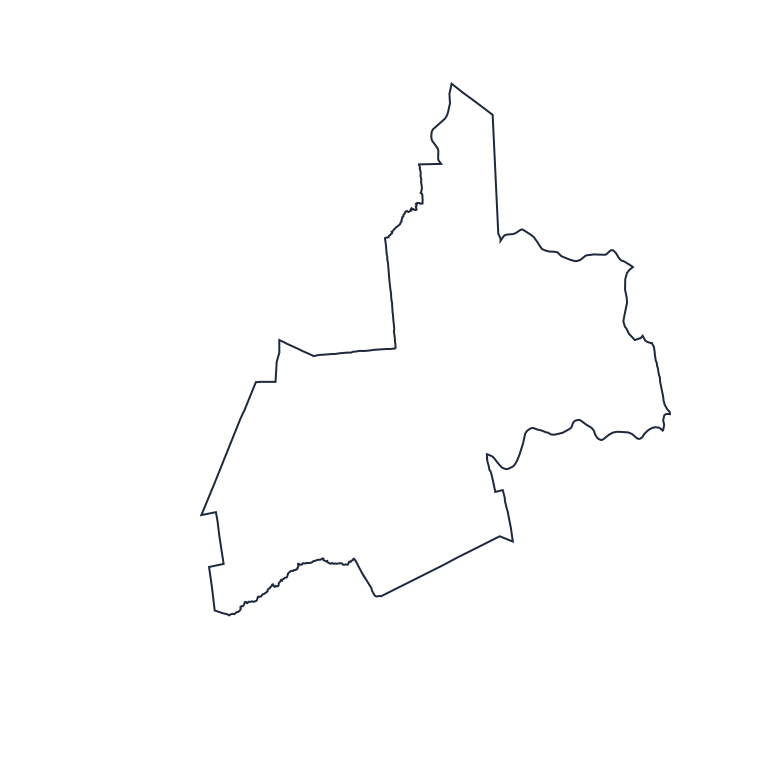 the district of Lugoj, Timis, Romania, rotated 324°
{"feature_id": "2599482B71711166476892", "entity_name": "Lugoj", "entity_type": "district", "adm_level": 2, "iso_a3": "ROU", "parent_name": "Romania", "parent_adm1": "Timis", "projection": "albers", "projection_center": [21.931, 45.705], "detail": "fine", "context": "isolated", "style": "outline", "palette": "slate", "viewbox_px": 768, "rotation_deg": 324, "n_neighbors": 0, "source": "geoboundaries", "source_scale": "gbopen_adm2", "svg_char_len": 6166}
<svg xmlns="http://www.w3.org/2000/svg" viewBox="0 0 768 768"><g transform="rotate(324 384 384)"><path d="M582.1,585.5L582.8,585.3L586.4,582.0L587.0,581.1L588.0,578.5L588.7,577.3L591.7,574.6L592.6,574.0L594.4,574.1L595.2,574.5L596.2,575.2L597.6,576.5L598.0,576.1L598.6,574.6L598.8,573.7L598.5,573.1L598.3,570.7L598.7,567.9L598.8,565.9L599.1,565.0L599.5,564.4L600.4,561.8L602.2,558.7L609.0,543.9L611.2,540.7L611.5,538.9L613.8,534.1L614.5,533.1L615.7,529.6L616.9,527.7L617.7,524.7L619.9,520.3L622.0,516.8L624.3,512.4L624.3,511.2L624.8,508.3L624.1,507.9L621.7,504.7L620.9,502.4L621.6,497.0L618.8,497.7L612.8,495.9L611.7,487.4L612.7,481.8L612.6,479.2L614.4,474.1L616.8,471.7L628.5,461.0L631.3,456.4L634.5,449.3L640.8,441.0L645.7,437.1L649.6,435.9L654.1,435.7L653.3,433.2L650.4,426.2L648.4,423.1L648.1,420.4L648.6,413.9L647.9,410.6L647.0,409.6L646.1,409.2L644.9,409.2L639.9,409.8L638.4,409.1L629.8,402.4L622.9,398.7L615.7,399.0L612.5,398.0L610.8,396.9L607.7,393.0L603.2,385.9L602.5,384.2L601.8,379.8L601.4,379.0L598.9,376.6L595.5,373.9L593.4,371.4L591.2,367.8L591.1,364.4L591.5,359.9L591.5,352.9L590.5,349.6L587.7,342.3L586.5,340.0L585.0,339.6L579.1,339.3L576.4,338.5L571.5,335.5L569.5,334.7L567.6,334.8L562.4,336.7L563.7,335.0L564.9,329.5L565.5,328.5L630.1,230.1L623.8,209.3L619.2,195.1L615.2,180.8L607.4,187.8L602.4,195.7L596.2,201.2L593.5,203.3L590.9,204.6L589.0,205.2L573.6,206.7L572.0,207.3L570.2,208.6L567.4,212.0L566.4,214.0L565.9,215.8L566.0,222.1L565.7,225.5L564.9,227.5L560.4,233.3L559.8,234.4L559.6,235.5L559.6,239.5L541.4,226.9L540.2,230.3L539.6,230.6L538.1,234.4L535.8,237.2L534.5,240.3L532.5,242.7L531.5,244.9L529.9,247.7L528.8,248.9L525.9,251.1L526.6,252.3L525.9,254.1L524.3,256.3L524.2,256.7L521.3,260.6L519.2,259.4L519.2,258.6L517.7,257.4L516.8,256.9L515.9,256.9L515.7,257.0L516.1,257.7L516.1,257.9L515.0,259.0L514.6,258.8L514.2,258.9L512.8,262.1L511.6,261.7L511.1,261.2L510.7,259.9L509.6,259.6L509.8,258.6L509.6,258.0L507.9,258.7L507.5,259.6L505.0,259.3L504.5,258.5L504.5,257.8L503.4,257.5L503.2,257.2L502.2,257.4L500.8,258.3L500.1,258.3L498.8,258.8L498.4,259.7L498.0,259.8L496.5,259.9L496.0,260.8L494.3,261.8L493.8,262.8L492.7,263.0L490.5,264.3L485.7,264.4L480.5,265.4L479.6,265.4L479.6,266.3L479.4,266.7L475.3,267.1L474.0,267.5L473.8,267.9L471.1,266.6L470.5,266.6L467.0,273.1L462.5,280.5L461.3,283.3L459.8,285.2L458.5,288.2L449.5,302.9L444.8,311.2L442.8,315.1L441.0,317.7L439.1,321.0L438.2,323.2L437.3,324.4L432.9,331.3L432.3,332.7L429.7,336.8L425.0,345.0L423.2,347.2L422.9,347.2L420.4,352.1L417.6,356.5L417.2,357.5L414.6,361.6L413.0,361.5L412.2,360.7L409.2,359.2L408.8,358.7L406.5,357.1L395.9,350.4L390.9,347.8L386.9,345.3L383.8,342.9L380.3,341.2L378.0,339.7L375.6,339.2L374.6,338.3L370.8,335.8L366.2,333.1L362.0,330.9L359.6,329.2L351.9,324.5L349.2,322.7L343.4,320.0L343.5,319.8L342.8,318.8L340.8,315.1L337.4,309.4L336.2,306.9L328.6,293.5L327.9,291.8L325.1,286.9L319.8,294.3L318.8,295.4L318.6,296.1L317.8,297.1L310.3,302.9L297.5,318.5L285.7,309.9L281.4,307.2L254.9,323.7L253.6,324.2L246.5,328.3L187.9,365.1L159.2,382.7L172.7,388.9L168.8,396.9L161.4,410.3L148.5,435.3L134.9,429.2L124.9,448.1L113.9,467.7L119.5,475.5L121.8,478.0L122.7,480.2L124.4,480.2L126.1,480.7L127.1,481.6L127.4,482.1L128.5,482.2L130.1,481.9L132.3,482.7L134.4,482.5L135.2,482.3L135.6,481.6L136.5,481.2L136.6,480.3L136.8,480.0L137.9,479.9L139.2,480.8L139.7,480.7L141.4,480.1L143.0,478.7L143.5,479.1L144.1,479.1L144.4,479.4L144.2,480.4L144.6,481.0L146.5,480.6L147.9,481.8L149.3,482.1L150.4,483.5L153.1,484.4L154.5,484.0L156.8,482.1L157.4,482.2L158.1,483.1L158.9,483.1L159.8,483.6L162.2,482.8L163.7,483.4L164.6,483.3L166.6,483.4L167.4,483.2L167.8,483.3L168.2,483.1L168.4,482.6L168.8,482.2L169.3,482.0L171.5,481.8L172.2,482.0L172.7,481.5L174.6,481.3L175.6,480.6L176.1,480.6L176.4,480.8L176.1,482.8L176.3,483.8L176.5,483.9L177.1,483.6L177.7,483.7L178.0,484.4L178.4,484.6L178.5,484.9L179.6,485.2L180.2,485.1L181.5,483.5L182.9,482.9L184.0,482.9L185.2,482.2L185.8,482.9L186.1,482.2L186.8,482.7L187.5,482.5L188.3,482.7L189.8,482.5L191.6,483.3L193.6,482.1L194.9,480.9L196.8,480.6L199.2,480.6L199.6,480.9L200.1,481.6L200.8,481.8L201.9,481.7L203.1,482.6L204.1,482.4L204.5,482.7L205.2,482.6L205.6,482.5L205.9,481.9L207.4,481.4L208.6,479.1L209.0,479.0L209.3,479.3L209.8,480.7L210.7,481.5L211.8,481.8L212.5,481.3L213.2,481.4L214.7,482.9L215.9,483.1L218.9,485.3L220.8,485.9L223.1,485.9L224.4,486.6L226.6,487.1L229.5,488.8L231.9,489.1L232.3,489.6L231.5,490.3L231.5,490.8L232.8,493.3L234.1,493.8L233.5,495.0L234.9,497.8L235.7,498.2L236.8,498.3L237.6,499.9L238.9,500.4L240.1,501.7L241.9,502.4L243.1,503.4L244.0,503.8L244.6,504.7L244.7,506.1L245.0,506.6L245.7,507.0L247.2,507.5L248.1,508.7L248.4,508.8L249.5,508.5L251.3,507.2L251.6,507.3L252.6,508.3L253.9,507.8L255.1,508.2L255.9,507.7L256.7,507.5L257.0,507.7L257.0,508.8L257.2,509.2L256.5,515.0L256.1,516.8L254.7,527.5L254.9,527.5L253.8,541.8L252.8,544.1L252.2,549.6L252.5,550.6L252.9,551.3L254.1,552.1L255.4,552.6L257.0,554.0L326.0,565.4L342.0,567.6L388.1,575.2L395.6,587.2L402.1,574.9L404.3,570.1L409.3,559.5L410.0,557.2L413.0,549.9L414.9,546.8L417.3,540.7L417.7,539.6L410.6,536.7L415.8,525.2L418.5,518.5L418.9,516.9L418.8,515.9L418.9,515.1L420.6,511.8L421.7,508.5L423.0,505.8L423.8,504.8L423.6,504.6L424.6,503.4L426.0,501.3L428.2,504.7L429.1,506.6L429.4,507.8L429.8,517.4L430.4,521.0L430.9,522.0L432.4,524.3L433.6,525.2L434.9,525.7L439.7,526.5L441.4,526.4L443.6,525.6L447.0,524.0L452.1,520.8L461.7,513.7L469.1,507.1L470.9,506.4L472.5,506.0L475.5,506.0L477.0,506.3L478.4,506.9L479.3,507.9L481.1,510.7L484.2,514.3L486.8,518.5L488.1,519.7L489.4,522.9L491.4,524.7L493.6,525.9L499.7,528.4L506.3,529.3L509.6,529.4L511.3,528.6L512.4,527.6L514.0,526.7L515.5,526.2L516.9,526.0L519.9,527.1L520.9,527.9L521.6,528.9L523.9,536.2L525.6,540.0L526.1,541.4L526.3,543.4L526.3,545.7L525.6,547.3L525.0,549.9L524.9,552.9L525.2,554.4L526.5,556.7L527.0,557.2L529.1,557.6L536.3,557.3L540.4,557.8L542.2,558.5L544.2,559.5L547.0,561.6L553.0,566.6L555.3,570.3L556.6,575.9L557.1,577.4L558.1,578.3L559.1,578.8L561.7,578.9L565.2,577.4L570.1,576.7L571.9,576.7L575.6,577.3L578.0,578.4L580.3,580.4L581.4,582.3L582.1,585.5Z" fill="none" stroke="#1e293b" stroke-width="2"/></g></svg>